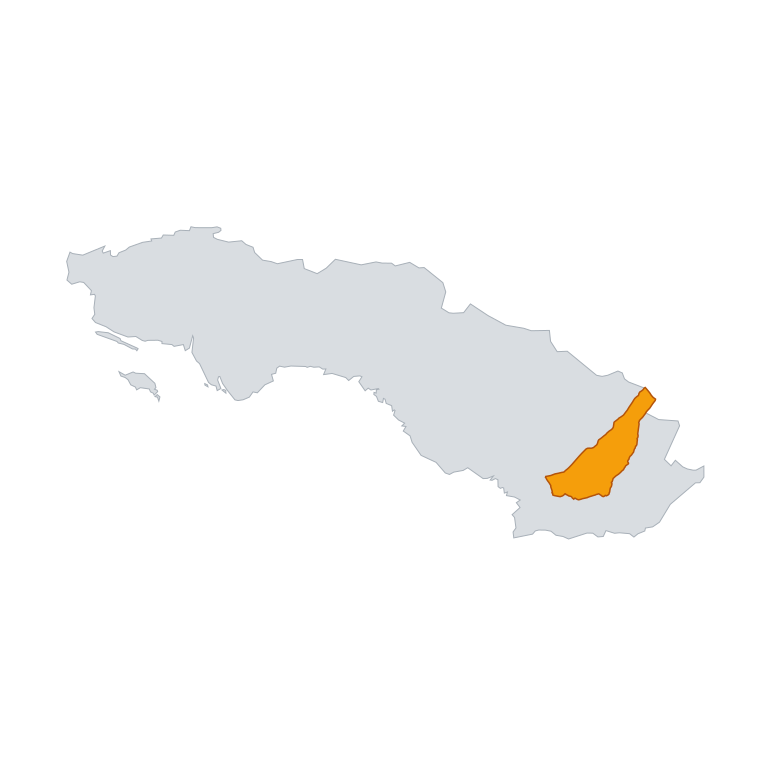 Gällivare, Norrbotten, Sweden (highlighted), rotated 95°
{"feature_id": "70781695B62555588892194", "entity_name": "Gällivare", "entity_type": "district", "adm_level": 2, "iso_a3": "SWE", "parent_name": "Sweden", "parent_adm1": "Norrbotten", "projection": "mercator", "projection_center": [20.036, 67.205], "detail": "fine", "context": "in_parent", "style": "filled", "palette": "amber", "viewbox_px": 768, "rotation_deg": 95, "n_neighbors": 0, "source": "geoboundaries", "source_scale": "gbopen_adm2", "svg_char_len": 6654}
<svg xmlns="http://www.w3.org/2000/svg" viewBox="0 0 768 768"><g transform="rotate(95 384 384)"><path d="M247.3,562.0L249.1,567.3L252.8,566.6L254.4,562.7L256.2,551.2L253.7,538.2L257.0,533.7L259.2,526.4L264.3,524.3L271.2,515.8L271.9,507.1L273.5,500.7L267.5,481.0L267.1,476.0L276.0,473.5L279.9,460.2L273.6,451.6L264.0,443.3L267.3,417.1L263.1,402.6L263.7,396.5L263.0,387.0L265.4,383.1L260.6,369.0L265.3,359.3L264.5,354.2L277.9,334.2L286.9,330.5L303.4,333.5L307.4,325.5L307.5,321.2L306.0,310.9L296.7,304.9L306.8,286.3L314.8,267.8L316.3,249.7L318.1,241.9L316.2,223.9L327.0,221.8L336.7,214.3L335.4,204.3L356.8,173.0L357.4,167.4L355.8,161.9L350.7,152.1L352.2,147.6L357.9,144.9L360.7,140.5L365.1,125.1L376.9,113.0L389.8,121.1L395.5,107.3L395.2,87.9L399.9,85.9L434.6,98.1L440.5,90.9L434.6,87.1L440.5,79.2L442.2,74.4L442.9,68.6L442.6,65.6L437.8,58.2L448.9,57.2L454.8,60.7L455.3,65.1L478.9,88.3L497.6,97.5L502.9,103.9L504.7,111.0L507.7,111.4L511.1,118.0L514.7,121.7L511.7,126.3L511.7,136.6L512.6,141.3L510.7,150.1L516.8,152.3L517.7,157.6L514.4,163.0L514.8,168.8L522.3,186.6L520.3,192.4L519.7,199.5L516.1,204.8L515.5,210.3L516.0,217.2L517.2,220.5L520.6,222.9L526.0,241.3L520.2,242.5L515.9,240.0L505.6,242.3L503.0,245.0L495.2,237.7L490.7,241.8L487.7,238.2L485.2,244.2L484.5,252.3L480.8,251.6L482.2,254.6L477.2,255.7L476.8,257.0L477.8,259.0L476.3,261.4L469.4,262.2L468.5,264.8L470.5,267.9L470.4,269.9L466.1,267.0L469.0,272.8L469.6,277.0L460.1,293.3L463.2,297.6L465.7,306.8L468.4,310.9L467.3,315.2L457.5,325.3L451.9,340.8L439.7,350.9L433.4,353.5L429.2,360.7L424.4,358.4L424.2,362.6L421.2,360.0L418.6,366.3L414.2,371.7L409.4,370.7L408.9,371.6L410.4,373.2L404.9,374.5L403.2,380.1L399.1,381.6L398.4,383.3L402.6,383.7L401.7,388.1L397.0,390.4L395.3,393.2L393.2,393.2L393.7,391.0L390.5,391.1L389.6,388.6L389.0,389.2L391.1,396.5L389.5,399.4L392.4,402.2L383.9,409.3L378.7,406.6L378.0,408.7L379.1,414.8L383.6,419.5L380.9,422.7L378.0,436.6L379.9,445.0L374.1,443.2L374.5,446.3L372.6,450.0L373.4,455.4L372.8,458.9L374.1,462.0L373.4,463.6L374.2,478.3L375.9,484.6L375.3,489.6L377.6,492.2L382.7,492.8L384.2,496.9L390.6,494.5L395.2,502.6L403.8,509.4L403.3,513.8L408.8,517.0L412.0,523.0L413.2,528.0L412.8,531.1L404.2,539.3L397.6,544.8L390.8,548.2L391.2,549.5L394.5,550.1L402.7,546.1L405.1,549.6L400.7,551.2L399.8,555.9L397.8,558.9L379.8,569.5L377.4,572.8L369.3,578.1L354.8,577.7L352.6,578.8L365.2,581.0L368.1,584.9L362.2,587.3L364.8,596.4L363.2,598.7L363.1,608.7L361.0,608.9L360.1,613.0L361.1,623.0L362.2,625.7L361.7,628.6L358.3,635.3L359.5,643.2L355.6,657.5L351.2,665.8L347.9,676.8L344.2,680.6L339.8,678.2L333.3,679.6L321.4,679.2L319.9,680.2L320.8,684.2L316.5,683.6L309.0,692.0L308.7,696.0L311.8,703.8L308.1,708.9L300.1,707.6L289.5,710.8L280.0,708.3L281.2,705.6L281.9,695.3L270.9,674.1L276.1,676.3L278.1,675.1L275.0,668.2L279.3,667.7L280.7,665.2L279.9,661.2L276.3,659.4L273.1,653.0L269.8,649.7L263.9,636.8L261.8,627.9L259.8,628.8L258.0,618.4L254.8,616.9L254.2,606.4L250.8,605.2L248.6,600.4L248.2,591.2L244.2,590.0L244.7,585.6L243.3,569.2L242.0,564.0L243.1,560.2L245.2,559.8L247.3,562.0ZM415.1,612.0L413.3,613.0L412.2,615.9L409.4,617.4L408.9,626.4L411.4,629.9L408.7,631.4L406.9,636.2L402.0,639.4L400.1,642.4L399.0,646.8L394.8,649.1L397.8,642.6L393.9,635.0L394.9,632.3L394.6,623.5L403.3,612.3L407.4,610.9L409.2,612.2L410.0,609.4L411.3,608.8L415.1,612.0ZM359.5,674.1L357.4,675.9L356.7,673.3L357.0,663.1L361.7,650.9L363.8,649.9L369.7,633.1L370.3,632.0L372.4,633.1L370.9,634.6L371.0,637.6L367.2,646.5L366.3,652.3L364.9,653.7L359.5,674.1ZM416.9,608.5L416.5,611.0L414.3,609.0L416.4,606.1L420.7,606.8L416.9,608.5ZM406.9,540.7L404.1,544.9L403.5,543.1L404.1,541.1L406.9,540.7ZM400.7,562.3L399.2,562.6L400.3,559.7L402.2,559.1L400.7,562.3Z" fill="#d9dde1" stroke="#a8b0b8" stroke-width="1"/><path d="M389.4,120.5L387.8,119.5L385.1,117.3L383.9,116.6L380.4,114.7L378.5,113.5L377.0,112.5L375.9,112.2L375.4,112.2L374.9,113.0L374.5,113.7L373.9,114.7L372.0,116.7L369.8,118.4L367.8,120.3L365.9,122.2L364.7,123.5L365.3,124.3L366.0,124.8L367.3,125.6L368.6,127.0L369.7,128.5L371.2,129.2L372.7,129.4L373.4,129.7L374.3,130.8L375.2,131.7L376.5,132.9L377.8,133.6L378.9,134.2L379.7,134.5L381.7,135.6L385.8,137.9L388.9,139.4L390.4,140.4L391.5,141.1L392.8,141.9L394.1,142.7L395.3,144.1L396.6,145.7L397.3,146.8L398.8,148.0L400.7,150.1L401.7,151.2L402.2,151.5L404.1,151.6L405.6,151.7L407.0,151.8L407.7,152.1L408.6,152.6L409.8,153.7L411.3,155.6L413.5,157.7L415.0,158.7L416.2,160.1L417.3,161.2L418.7,162.6L420.0,164.1L420.9,165.2L422.0,165.7L423.7,166.0L425.0,166.3L426.2,166.9L427.7,168.5L429.0,169.7L429.8,171.4L430.0,172.8L430.0,173.9L430.3,175.7L431.2,177.1L432.9,178.5L435.9,181.0L438.9,183.3L443.0,186.3L447.7,189.7L450.8,192.2L452.5,193.7L454.2,195.5L456.1,197.2L456.6,199.3L457.7,202.5L458.7,205.9L460.6,209.8L461.5,212.9L462.0,214.8L463.0,215.0L463.4,214.4L464.1,214.1L465.0,213.5L466.5,212.3L467.8,211.1L470.5,209.1L472.2,208.8L474.2,207.9L475.6,207.3L476.5,207.0L477.1,207.2L477.7,207.2L477.7,206.9L477.9,206.6L478.4,206.4L479.3,206.3L480.0,206.0L480.3,204.6L480.6,201.9L480.9,198.7L480.5,197.8L480.1,196.8L479.5,195.9L478.8,195.1L477.9,194.4L477.6,194.1L477.6,193.6L478.2,193.1L478.4,192.6L478.5,192.0L479.4,190.2L479.6,188.6L479.8,187.7L480.6,186.8L481.2,186.4L482.2,184.9L481.4,184.5L481.1,183.7L481.5,182.8L482.0,181.7L482.4,180.3L482.2,179.3L481.9,178.5L481.5,177.4L481.0,176.4L479.5,171.6L478.9,170.6L478.3,169.3L477.5,167.3L476.9,165.9L476.1,163.7L475.5,162.8L475.1,161.5L474.7,160.7L475.0,159.7L475.4,159.2L475.7,158.5L476.4,157.4L476.9,156.7L477.0,155.9L477.0,155.3L476.7,155.0L476.3,154.4L475.7,153.9L475.9,153.2L476.0,152.7L475.6,152.0L475.2,151.3L474.6,150.8L473.9,150.2L473.3,150.2L472.5,150.1L472.1,149.8L469.7,149.7L468.0,149.5L467.2,149.1L466.4,148.6L465.3,148.4L463.6,148.2L463.0,148.4L462.7,148.8L462.1,148.9L461.4,148.2L460.3,147.9L459.2,147.7L458.1,147.5L457.5,146.9L456.7,146.2L455.3,144.9L453.4,142.5L451.5,140.7L449.4,139.0L448.6,138.0L446.6,137.2L445.7,136.6L444.9,136.3L444.3,136.0L443.9,135.5L443.2,134.7L442.7,134.1L442.2,133.6L441.5,133.5L441.0,133.9L440.3,134.4L439.8,134.5L439.2,134.4L438.5,134.1L437.8,133.5L437.3,133.5L436.1,133.2L434.7,132.7L433.7,131.7L432.9,131.1L432.0,130.6L431.1,130.1L430.3,129.5L428.0,129.1L427.1,128.9L425.9,128.2L424.8,128.1L424.0,127.9L423.5,127.2L422.0,126.8L420.2,126.8L418.8,126.8L417.9,126.7L417.1,126.8L416.6,127.2L415.9,127.0L415.5,126.6L414.4,126.4L413.2,126.4L412.6,126.5L411.8,126.9L405.4,126.6L401.6,126.4L401.0,126.6L400.0,126.9L399.6,126.7L398.1,126.3L397.5,125.9L396.4,125.1L395.8,124.4L394.9,123.8L394.2,123.2L393.0,122.5L391.8,121.8L390.8,121.1L389.4,120.6L389.4,120.5Z" fill="#f59e0b" stroke="#b45309" stroke-width="1.5"/></g></svg>